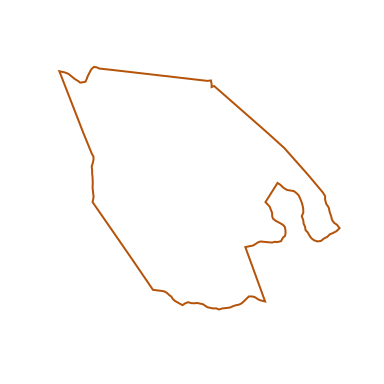 outline of Bonito, Pará, Brazil, rotated 280°
{"feature_id": "56859067B73702503430896", "entity_name": "Bonito", "entity_type": "district", "adm_level": 2, "iso_a3": "BRA", "parent_name": "Brazil", "parent_adm1": "Pará", "projection": "albers", "projection_center": [-47.328, -1.394], "detail": "fine", "context": "isolated", "style": "outline", "palette": "amber", "viewbox_px": 384, "rotation_deg": 280, "n_neighbors": 0, "source": "geoboundaries", "source_scale": "gbopen_adm2", "svg_char_len": 1722}
<svg xmlns="http://www.w3.org/2000/svg" viewBox="0 0 384 384"><g transform="rotate(280 192 192)"><path d="M304.1,187.9L298.4,93.0L297.5,79.2L298.2,76.6L298.2,73.8L295.7,71.7L293.2,70.8L287.6,69.1L284.7,68.6L282.1,67.9L281.1,65.4L280.3,62.9L281.6,60.4L282.8,57.2L286.9,49.8L287.7,45.8L287.9,40.4L231.2,74.8L212.3,86.7L209.8,88.8L206.7,89.4L202.7,89.2L199.6,88.8L195.6,90.0L193.0,90.4L189.3,91.5L183.6,92.7L179.2,93.3L173.5,94.9L170.3,95.9L164.7,95.9L142.2,118.2L112.1,147.9L88.9,170.5L89.3,179.2L89.3,182.0L88.3,184.8L86.6,187.4L85.4,189.8L83.3,191.7L81.7,194.2L80.4,198.0L78.9,202.3L81.1,204.5L82.8,207.3L82.4,210.8L82.9,213.9L83.6,216.6L83.4,222.2L81.2,227.2L81.0,232.7L81.6,236.0L81.0,239.0L82.6,242.1L84.2,247.7L85.2,250.1L86.8,252.4L88.1,254.9L89.2,257.8L90.9,260.1L93.1,261.9L99.0,266.1L99.6,269.7L99.3,272.4L97.9,275.4L97.2,277.9L96.9,283.0L147.0,254.1L150.0,261.6L153.9,265.8L155.2,268.2L155.5,272.6L156.1,279.6L157.3,282.0L157.5,284.7L159.0,288.2L162.9,289.5L164.9,291.2L167.7,291.3L170.4,290.7L173.5,289.6L175.4,287.4L176.4,284.8L178.3,279.1L179.9,276.3L182.3,275.1L185.4,274.5L191.2,270.9L194.8,266.1L215.8,274.7L214.4,277.8L212.0,281.4L210.5,285.2L210.6,292.1L209.3,294.6L207.4,297.5L204.0,299.9L199.8,302.4L195.3,304.3L191.1,305.2L187.2,304.3L183.7,306.4L180.1,307.5L177.5,309.3L174.1,310.5L172.4,312.9L169.8,315.0L167.3,317.4L165.7,320.5L165.1,324.0L166.1,327.4L169.1,330.0L171.3,333.0L174.3,335.1L175.9,337.7L178.4,341.0L182.0,343.6L184.8,340.6L186.4,337.2L188.9,334.7L192.4,333.2L195.9,331.2L200.5,329.3L203.7,326.2L207.6,324.4L211.1,323.8L214.3,320.9L229.3,303.0L251.2,275.4L263.9,255.2L300.2,195.4L298.8,193.1L301.6,192.6L305.1,191.3L304.1,187.9Z" fill="none" stroke="#b45309" stroke-width="2"/></g></svg>